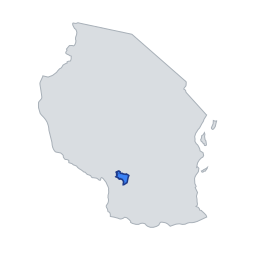 Njombe, Njombe, United Republic of Tanzania (highlighted), rotated 12°
{"feature_id": "72390352B62498272724852", "entity_name": "Njombe", "entity_type": "district", "adm_level": 2, "iso_a3": "TZA", "parent_name": "United Republic of Tanzania", "parent_adm1": "Njombe", "projection": "mercator", "projection_center": [35.063, -9.284], "detail": "fine", "context": "in_parent", "style": "filled", "palette": "blue", "viewbox_px": 256, "rotation_deg": 12, "n_neighbors": 0, "source": "geoboundaries", "source_scale": "gbopen_adm2", "svg_char_len": 5767}
<svg xmlns="http://www.w3.org/2000/svg" viewBox="0 0 256 256"><g transform="rotate(12 128 128)"><path d="M94.2,180.3L91.4,178.9L88.8,178.0L86.8,177.0L85.8,176.0L83.9,175.6L82.2,175.4L80.6,174.5L77.4,174.2L77.1,173.6L77.0,172.3L76.5,171.9L75.3,171.6L74.0,171.6L73.3,171.8L72.8,171.7L71.8,170.9L70.8,169.9L70.4,168.3L69.0,167.3L67.3,166.4L62.6,166.5L61.8,166.3L60.7,165.5L59.4,164.1L58.4,162.6L57.4,160.5L56.5,157.7L51.1,146.6L50.5,144.5L49.5,142.2L47.8,139.3L45.9,137.2L43.5,135.2L40.7,133.3L39.1,132.0L36.3,126.8L35.7,124.4L35.2,121.8L35.4,120.8L37.2,117.5L37.4,116.6L37.2,115.4L36.3,112.8L35.1,109.6L32.9,103.9L32.5,102.4L32.6,101.3L33.9,95.5L33.9,94.7L39.3,94.8L43.2,92.3L46.6,88.4L47.3,86.8L48.7,84.4L50.1,83.2L50.6,82.3L51.4,79.9L53.2,78.3L55.0,77.0L54.6,76.1L54.9,75.8L55.8,75.1L57.7,74.5L58.0,73.2L58.0,71.8L57.7,71.0L57.8,70.1L57.5,69.5L56.3,69.4L54.5,68.7L52.9,68.4L51.9,68.0L51.6,67.6L51.4,66.8L52.2,64.6L51.4,63.6L53.3,60.0L53.6,59.5L54.3,59.4L55.4,59.1L56.4,58.9L57.2,59.0L57.8,58.9L58.3,58.4L58.8,57.2L59.1,55.1L58.9,53.4L58.2,52.1L57.9,50.1L58.3,47.4L58.1,45.1L57.2,43.4L56.3,42.3L55.0,41.8L52.8,39.1L52.2,37.7L52.3,36.9L53.0,36.6L54.4,36.7L55.7,36.4L56.8,35.6L58.0,35.4L58.6,35.5L112.3,35.5L175.1,70.6L175.4,71.0L175.9,74.0L175.8,75.0L174.8,76.8L174.5,77.7L174.5,78.3L174.8,78.6L175.6,78.7L176.3,79.1L176.6,79.4L177.1,80.7L177.8,81.4L201.6,98.6L202.2,98.9L201.8,100.3L200.5,103.8L200.4,105.3L199.9,107.0L199.4,108.2L198.0,113.1L196.9,114.9L195.3,119.3L195.0,122.6L195.9,124.9L196.2,127.1L198.1,129.2L199.5,130.0L200.5,131.0L202.3,133.2L203.3,135.4L206.5,136.5L207.7,139.1L207.3,140.8L205.8,142.2L204.4,144.5L203.3,147.6L203.3,152.3L204.1,151.5L205.7,152.7L205.9,156.1L204.2,160.1L203.7,162.0L203.6,163.6L204.9,168.4L206.8,170.9L206.6,171.6L206.1,172.3L209.4,176.6L209.1,180.4L210.3,183.3L210.9,185.8L211.7,187.8L211.8,189.2L210.8,190.6L213.2,191.0L214.6,192.2L215.2,193.4L217.0,193.4L217.9,194.2L219.2,194.8L222.2,196.8L223.0,197.8L223.5,198.7L215.3,204.9L212.4,206.5L210.3,207.3L208.0,207.7L205.9,208.7L203.9,210.2L201.3,211.0L198.2,211.0L194.9,212.1L189.7,215.3L186.6,213.5L184.3,212.9L181.5,213.0L179.9,213.2L179.3,213.6L178.8,214.7L178.3,216.5L176.5,218.2L173.4,219.9L170.5,220.5L167.8,220.1L166.1,219.4L165.1,218.4L163.7,218.0L161.9,218.1L160.2,218.7L158.5,220.0L155.9,220.6L152.2,220.4L150.2,219.8L150.0,218.7L148.4,217.5L145.4,216.0L143.3,216.0L141.9,217.4L140.6,218.2L139.5,218.6L138.5,218.6L137.0,218.3L133.0,218.1L129.1,218.2L128.7,216.2L128.0,214.9L127.3,214.2L125.9,214.0L125.6,213.5L125.1,212.2L124.5,211.2L123.6,210.3L123.1,209.5L122.9,208.7L123.1,207.9L123.9,205.9L124.1,204.4L124.0,203.0L123.6,201.5L122.7,199.8L122.8,199.3L122.5,198.1L122.5,197.3L122.6,196.2L122.5,194.8L121.7,191.9L121.7,191.2L120.8,189.7L118.3,186.4L118.2,186.0L114.2,182.6L112.6,181.9L112.0,182.5L111.8,183.1L112.0,184.2L111.9,184.7L111.7,184.9L110.8,184.9L110.2,184.8L108.7,183.9L107.5,183.6L104.6,183.8L103.6,184.0L102.8,183.8L101.2,182.3L99.4,182.0L97.8,181.9L95.1,180.1L94.2,180.3ZM206.9,124.4L208.2,128.1L208.0,128.8L207.1,129.2L206.6,129.2L206.1,128.6L205.6,127.4L204.9,127.7L203.7,126.2L202.6,126.1L201.5,124.4L201.9,122.8L201.7,120.2L203.0,118.9L203.7,116.6L204.5,118.1L204.7,120.5L205.8,123.4L206.9,124.4ZM213.2,102.6L213.3,103.4L213.1,104.2L213.1,106.8L213.0,108.6L212.0,111.0L211.2,111.8L210.5,111.6L209.9,111.2L209.5,110.5L210.4,106.1L209.9,102.9L211.8,103.2L213.2,102.6ZM210.6,155.5L209.7,155.8L209.3,155.5L208.7,154.8L209.7,154.2L210.7,153.0L212.9,151.3L213.9,149.9L213.8,151.2L212.5,154.2L211.4,154.4L210.6,155.5Z" fill="#d9dde1" stroke="#a8b0b8" stroke-width="1"/><path d="M131.9,173.6L131.6,173.5L131.4,173.7L131.2,173.8L130.9,173.8L130.6,173.8L130.4,173.7L130.2,173.7L130.0,173.8L129.9,173.9L129.8,173.7L129.7,173.5L129.7,173.4L129.6,173.2L129.4,172.9L129.3,172.6L129.3,172.4L129.2,172.4L128.9,172.4L128.7,172.3L128.7,172.2L128.4,172.1L128.2,172.1L128.1,171.9L127.9,171.9L127.7,172.0L127.4,172.1L127.2,172.3L127.1,172.5L127.0,172.8L126.9,172.8L126.9,173.0L126.8,173.3L126.7,173.5L126.4,173.4L126.1,173.2L125.9,173.2L125.8,173.4L125.6,173.5L125.6,173.8L125.8,173.9L125.8,174.0L126.1,174.2L126.3,174.3L126.3,174.5L126.3,174.8L126.3,175.0L126.5,175.1L126.8,175.3L127.0,175.3L126.9,175.4L126.9,175.5L126.7,175.7L126.7,175.8L126.6,176.1L126.9,176.2L127.1,176.3L127.2,176.5L127.1,176.8L127.0,177.0L126.9,177.2L126.8,177.4L126.8,177.5L126.7,177.6L126.8,177.6L126.7,177.8L126.7,178.0L126.6,178.3L126.8,178.3L127.0,178.3L127.3,178.4L127.5,178.3L127.8,178.4L127.8,178.5L128.0,178.5L128.3,178.5L128.5,178.7L128.8,178.7L128.9,178.8L129.0,178.9L129.1,179.0L129.1,179.3L129.3,179.4L129.5,179.3L129.8,179.3L129.9,179.5L130.0,179.5L130.1,179.8L130.3,179.8L130.5,179.8L130.7,179.7L130.8,179.5L130.9,179.4L131.0,179.4L131.2,179.2L131.3,179.3L131.4,179.2L131.5,179.3L131.8,179.3L132.0,179.4L132.3,179.4L132.5,179.4L132.5,179.6L132.8,179.6L133.0,179.6L133.3,179.6L133.4,179.8L133.5,179.9L133.6,180.0L133.8,180.2L133.9,180.3L134.0,180.4L134.2,180.5L134.3,180.8L134.5,180.9L134.5,181.0L134.6,181.3L134.8,181.4L135.0,181.5L135.1,181.8L134.9,182.0L134.9,182.4L134.9,183.5L135.0,184.2L135.0,184.3L135.1,184.5L135.2,184.4L135.5,184.3L135.5,184.2L135.8,184.2L136.0,184.1L136.2,183.9L136.4,183.6L136.6,183.4L137.0,183.1L137.4,182.7L137.5,182.6L137.5,182.4L137.7,182.2L137.8,182.2L138.3,181.8L138.4,181.7L138.4,181.2L138.5,179.9L138.4,179.6L138.4,176.3L138.5,175.3L138.8,174.4L138.7,174.3L138.4,174.1L137.8,173.9L137.1,173.7L136.4,173.4L136.4,173.5L136.2,173.5L135.9,173.8L135.7,173.8L135.4,173.8L135.3,173.7L135.2,173.8L134.9,173.9L134.7,173.9L134.4,173.8L134.2,173.8L133.9,173.9L133.7,173.9L133.6,174.0L133.4,174.0L133.2,174.0L133.2,173.9L132.9,173.8L132.7,173.8L132.4,173.8L132.2,173.8L132.2,173.7L131.9,173.6Z" fill="#3b82f6" stroke="#1e3a8a" stroke-width="1.5"/></g></svg>